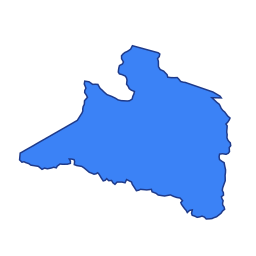 Altamira do Maranhão, Maranhão, Brazil (Robinson projection), rotated 276°
{"feature_id": "56859067B15453031622784", "entity_name": "Altamira do Maranhão", "entity_type": "district", "adm_level": 2, "iso_a3": "BRA", "parent_name": "Brazil", "parent_adm1": "Maranhão", "projection": "robinson", "projection_center": [-45.508, -4.137], "detail": "fine", "context": "isolated", "style": "filled", "palette": "blue", "viewbox_px": 256, "rotation_deg": 276, "n_neighbors": 0, "source": "geoboundaries", "source_scale": "gbopen_adm2", "svg_char_len": 2692}
<svg xmlns="http://www.w3.org/2000/svg" viewBox="0 0 256 256"><g transform="rotate(276 128 128)"><path d="M170.1,80.1L167.2,79.9L165.4,80.9L163.2,82.0L160.8,81.1L158.7,81.2L156.6,83.0L154.3,84.5L150.6,81.9L147.0,82.1L144.7,81.2L142.1,81.0L140.2,81.3L138.2,80.7L130.3,76.8L126.3,71.3L102.3,38.0L101.0,36.3L96.3,29.7L95.1,28.0L93.1,25.3L91.8,23.4L85.0,23.5L82.9,26.1L83.6,28.1L82.9,29.9L82.2,33.1L80.9,35.3L80.5,42.8L77.9,46.8L79.4,49.2L79.0,52.1L80.2,55.9L81.2,58.2L80.9,60.9L82.7,61.6L85.1,64.2L85.1,66.9L85.7,71.6L86.8,74.4L89.1,74.2L91.0,72.8L91.2,75.3L90.9,77.7L89.1,78.4L86.0,78.4L85.3,80.9L85.0,86.0L83.7,88.5L79.9,94.1L79.3,96.5L78.5,99.0L79.1,101.0L80.3,102.5L78.9,104.1L75.4,106.7L72.8,108.9L73.6,110.8L75.4,112.1L73.6,114.3L74.1,117.1L71.8,118.9L70.6,120.9L73.1,122.8L73.6,127.6L73.2,130.8L76.6,132.0L74.7,137.1L72.5,138.1L69.2,140.8L66.5,142.9L67.3,145.2L68.3,146.8L68.4,153.1L69.4,157.7L67.1,158.6L66.0,162.7L64.5,165.0L64.3,168.8L64.2,171.5L65.9,177.2L64.8,180.3L64.0,183.8L63.8,187.1L61.4,189.8L59.4,188.3L57.8,189.1L55.9,190.7L53.5,192.9L52.2,194.4L50.1,195.8L52.5,197.9L53.3,200.5L49.8,200.1L47.9,201.0L47.3,203.7L46.4,206.1L47.1,208.6L48.1,210.8L47.4,213.3L45.7,215.3L46.2,218.5L46.7,221.0L47.7,222.6L49.0,225.4L50.3,226.7L51.8,228.3L53.2,229.6L55.2,230.6L57.3,232.6L59.6,231.7L61.2,230.3L63.2,229.9L65.6,230.2L67.7,228.7L69.5,228.1L71.2,230.0L73.7,229.6L75.7,228.3L78.4,228.4L85.7,230.2L88.3,229.9L91.0,229.5L93.8,229.6L96.6,229.4L100.2,228.2L103.6,227.2L104.7,224.8L106.2,222.3L108.8,221.6L111.6,221.8L112.3,224.7L112.1,228.3L113.4,230.4L115.1,231.4L119.1,230.7L121.1,232.0L123.9,231.3L125.2,229.7L126.7,228.4L128.7,227.4L131.8,227.3L134.2,226.6L136.1,226.5L138.1,226.5L140.5,226.4L142.2,225.0L144.3,226.6L146.8,227.9L148.6,228.4L150.3,225.9L154.0,222.5L155.4,220.4L157.4,218.5L159.1,217.6L161.2,216.2L162.8,213.6L164.4,211.6L165.6,210.0L166.9,208.2L167.7,217.6L169.3,216.2L172.7,208.7L178.8,182.3L179.3,180.2L179.3,178.2L179.8,175.5L182.1,173.2L183.3,171.7L182.9,169.0L182.6,165.5L182.7,162.2L185.1,161.3L188.3,157.5L189.5,153.9L192.1,151.9L197.6,151.2L200.1,150.1L202.3,151.6L204.9,151.9L206.0,150.1L210.3,123.8L206.7,122.4L205.1,120.6L203.9,119.0L202.9,117.2L201.2,115.4L199.1,114.0L196.2,114.4L193.2,116.6L191.1,115.8L189.2,113.0L186.8,112.6L184.8,112.5L182.6,112.5L180.9,113.8L180.5,116.4L179.4,119.8L177.8,121.2L175.6,122.0L171.4,122.0L169.5,123.8L167.3,125.1L166.0,127.3L165.0,130.6L162.5,130.3L160.1,129.5L157.2,129.1L155.3,126.7L154.8,124.6L154.5,118.3L154.9,115.2L156.3,112.4L157.7,108.5L159.0,103.6L161.1,100.6L163.2,98.0L164.4,96.2L166.0,95.0L168.2,93.5L168.1,90.9L167.7,88.3L169.9,84.4L170.1,80.1Z" fill="#3b82f6" stroke="#1e3a8a" stroke-width="1.5"/></g></svg>